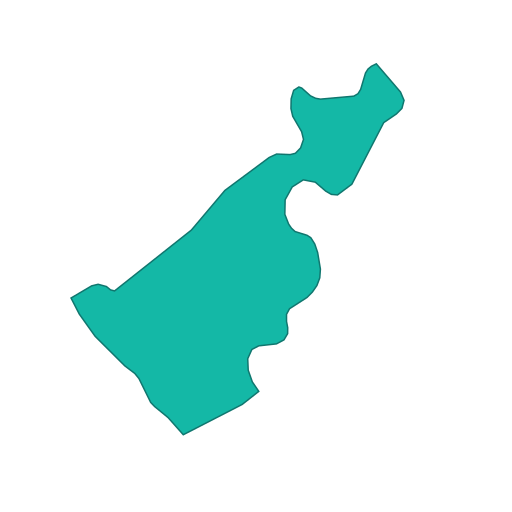 an SVG outline of Fermo, rotated 162°
{"feature_id": "ITA-5430", "entity_name": "Fermo", "entity_type": "Province", "adm_level": 1, "iso_a3": "ITA", "parent_name": "Italy", "parent_adm1": "", "projection": "robinson", "projection_center": [13.497, 43.091], "detail": "fine", "context": "isolated", "style": "filled", "palette": "teal", "viewbox_px": 512, "rotation_deg": 162, "n_neighbors": 0, "source": "natural_earth", "source_scale": "10m", "svg_char_len": 1134}
<svg xmlns="http://www.w3.org/2000/svg" viewBox="0 0 512 512"><g transform="rotate(162 256 256)"><path d="M380.4,108.5L389.5,129.4L398.9,144.1L401.4,149.3L405.2,175.6L407.6,181.8L414.7,192.0L433.8,229.3L442.0,255.3L444.9,273.2L421.5,278.4L414.9,277.9L407.7,273.2L404.8,268.7L401.3,266.5L309.5,300.6L265.3,328.0L213.1,345.6L204.9,346.6L192.2,341.9L186.8,341.5L180.2,345.0L174.8,352.2L174.2,360.1L177.9,377.5L177.2,385.4L174.0,394.6L169.0,401.9L163.0,403.5L160.6,401.6L154.7,391.5L150.6,387.6L146.3,385.3L113.6,377.8L108.9,378.8L105.0,382.1L95.3,396.2L91.7,399.2L87.6,400.8L82.2,401.6L67.9,367.3L67.1,358.3L71.6,351.3L78.6,347.7L93.3,343.4L142.6,294.7L159.6,288.9L165.3,291.3L169.6,296.1L176.8,307.9L187.5,313.8L200.2,310.5L210.9,300.5L215.7,286.7L215.1,276.3L213.7,271.5L211.3,267.2L201.0,259.9L198.2,256.4L196.4,249.2L196.3,240.2L198.8,223.6L202.1,215.5L207.2,209.1L213.5,204.3L220.3,200.8L240.4,195.5L245.0,191.1L247.2,184.3L248.0,178.0L249.9,172.4L255.3,167.6L263.7,166.1L281.1,169.7L288.8,168.4L295.6,160.9L298.7,149.8L298.4,137.4L295.2,126.4L315.0,119.1L380.4,108.5Z" fill="#14b8a6" stroke="#0f766e" stroke-width="1.5"/></g></svg>